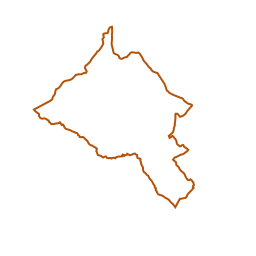 outline of Baringo Central, Rift Valley, Kenya, rotated 324°
{"feature_id": "3690345B17833085529385", "entity_name": "Baringo Central", "entity_type": "district", "adm_level": 2, "iso_a3": "KEN", "parent_name": "Kenya", "parent_adm1": "Rift Valley", "projection": "albers", "projection_center": [35.755, 0.409], "detail": "fine", "context": "isolated", "style": "outline", "palette": "amber", "viewbox_px": 256, "rotation_deg": 324, "n_neighbors": 0, "source": "geoboundaries", "source_scale": "gbopen_adm2", "svg_char_len": 5128}
<svg xmlns="http://www.w3.org/2000/svg" viewBox="0 0 256 256"><g transform="rotate(324 128 128)"><path d="M146.6,196.8L146.0,195.5L145.8,193.9L145.5,192.3L145.8,190.8L146.0,188.6L145.5,187.3L145.4,186.1L146.2,185.0L146.7,183.7L146.3,182.3L145.8,180.1L147.6,179.6L148.2,179.4L148.6,179.3L149.3,179.7L149.9,179.8L150.9,180.0L151.7,180.1L152.8,180.3L153.4,180.4L155.1,180.5L156.3,181.3L156.8,181.4L158.7,181.6L161.0,181.5L162.7,181.5L163.9,181.1L163.7,179.8L163.3,178.4L162.4,176.4L162.7,174.2L161.4,173.7L160.2,173.7L159.3,173.5L158.8,172.1L158.5,171.0L158.3,169.7L158.6,168.7L159.1,167.9L159.6,166.7L159.8,164.4L159.4,160.6L157.6,160.6L155.9,160.5L156.1,159.5L156.2,158.9L156.4,158.3L158.2,158.4L159.7,158.1L160.9,158.0L162.3,157.7L163.9,156.3L164.9,155.2L166.0,154.3L167.8,153.1L168.3,152.0L169.5,150.9L170.7,149.6L171.5,148.7L172.2,147.8L173.2,146.6L173.9,145.2L175.0,144.5L176.2,145.4L176.5,146.7L176.6,147.8L176.7,149.5L179.3,150.4L182.4,150.4L183.4,150.0L184.7,149.6L186.3,149.0L188.5,148.5L190.6,148.0L192.4,147.7L193.2,147.2L192.9,146.2L192.7,145.7L192.3,145.2L191.7,144.5L191.2,144.0L190.6,142.8L190.2,141.4L189.6,139.9L189.5,138.1L189.6,136.5L189.0,135.3L188.1,134.2L187.3,132.9L186.4,131.5L185.6,130.2L184.8,129.0L183.9,127.4L183.0,125.7L182.2,124.1L182.0,122.8L181.9,121.9L181.8,121.5L181.7,120.8L181.6,120.4L181.7,119.2L182.4,117.9L182.7,116.4L182.9,115.9L183.0,115.3L183.4,114.1L183.5,113.7L183.5,112.6L183.5,111.9L183.6,110.8L183.7,109.3L183.7,108.7L183.7,108.0L183.8,106.6L183.9,105.0L183.9,103.3L184.1,101.6L184.1,100.6L183.0,99.5L182.2,98.1L181.4,96.9L181.1,94.9L181.3,93.0L180.9,92.0L180.7,90.4L180.7,88.6L180.7,87.2L180.5,85.4L180.3,83.6L180.4,82.0L180.7,80.5L181.0,78.6L181.1,77.0L181.1,75.1L181.0,73.9L180.6,72.9L179.4,72.5L178.7,72.0L177.9,71.3L177.0,70.1L175.6,69.0L174.1,68.7L173.6,68.8L173.0,69.0L172.2,69.3L170.6,69.4L169.0,69.9L166.9,69.0L164.8,68.7L163.2,68.1L162.2,66.5L162.6,65.2L162.8,64.7L162.8,64.1L162.5,62.7L161.8,61.6L161.1,60.5L160.5,59.3L160.9,57.8L161.7,56.1L162.3,54.7L162.9,53.3L163.6,51.4L164.6,49.7L165.5,48.8L166.8,47.3L168.2,45.5L169.3,43.8L170.2,42.6L171.2,41.6L172.1,40.3L173.1,38.9L173.4,38.4L173.9,37.7L174.5,36.7L173.9,36.4L173.3,36.1L171.8,36.2L171.0,36.5L170.6,36.8L169.4,37.5L168.6,38.4L167.7,39.1L166.6,39.0L165.4,38.1L164.3,37.7L163.6,37.4L162.8,38.0L162.2,39.4L161.8,40.4L159.5,41.1L158.7,43.1L157.7,45.1L156.1,46.0L154.6,46.7L151.6,47.8L149.5,48.4L148.1,48.1L146.2,48.9L144.8,49.3L143.6,49.6L141.8,50.0L140.9,50.3L139.8,50.6L138.9,50.9L138.3,51.2L137.0,51.8L135.8,52.2L135.4,52.3L134.5,52.4L133.7,52.5L132.5,52.7L130.2,52.7L128.7,53.7L128.2,55.3L128.1,56.3L128.0,57.2L127.8,57.6L127.7,58.1L126.4,58.7L125.2,57.8L123.7,57.4L122.2,57.2L120.8,56.5L119.7,55.5L118.0,54.9L116.9,54.3L115.9,54.6L114.2,55.0L112.6,55.2L111.3,55.4L109.7,55.1L108.2,54.6L106.3,53.6L104.8,53.0L103.2,52.7L101.4,53.0L100.3,53.4L98.4,54.2L97.1,54.5L96.6,54.7L95.9,54.8L95.2,54.9L94.3,54.8L92.6,54.4L91.1,55.4L89.9,56.5L88.9,57.4L87.5,58.1L85.6,58.6L84.6,59.4L83.6,60.2L81.4,60.4L62.8,57.8L62.8,59.6L63.1,61.0L63.7,62.7L64.2,64.3L63.6,65.2L62.9,66.6L63.0,68.5L63.8,69.9L65.3,70.7L66.4,71.5L67.1,72.6L67.5,74.0L68.2,75.4L67.6,76.4L68.1,77.9L68.1,79.1L68.7,80.1L69.9,80.9L71.2,81.5L72.5,82.0L73.7,82.9L75.1,83.4L76.2,83.3L76.3,84.9L76.1,86.6L77.3,86.8L77.3,87.7L77.4,88.8L76.9,90.3L77.2,92.1L78.2,93.5L79.1,94.6L80.1,95.9L80.9,98.0L82.2,99.6L82.8,101.2L83.7,101.9L83.9,103.1L83.4,104.4L84.0,105.6L83.9,106.0L83.7,107.0L84.5,107.8L84.9,108.0L86.1,108.6L86.7,109.9L86.8,110.3L86.8,111.1L87.0,112.3L87.1,112.8L87.5,114.4L87.3,116.3L87.1,117.6L87.3,118.8L87.8,120.1L88.8,121.3L89.1,122.6L89.8,123.9L90.4,125.6L90.6,126.6L89.5,127.4L88.6,128.4L88.7,129.1L88.4,130.1L88.2,130.5L88.0,131.0L87.7,132.2L88.8,133.4L89.1,133.8L89.6,134.5L89.8,135.2L90.0,135.7L90.4,136.7L90.6,137.3L91.2,137.4L92.1,137.5L93.4,138.0L93.4,139.6L94.4,140.9L96.0,141.8L96.7,143.0L97.4,142.9L99.2,143.8L100.0,145.1L101.3,144.7L102.7,145.2L103.2,145.3L103.6,145.5L104.7,146.3L106.1,147.2L107.7,148.0L107.5,146.6L108.2,146.4L109.0,147.7L110.0,148.5L111.1,149.0L111.6,148.7L112.2,148.4L112.8,149.7L113.5,151.1L115.5,151.8L117.3,152.2L117.9,152.4L118.6,152.7L118.8,154.1L119.5,155.2L118.7,156.4L118.1,157.7L118.4,158.2L118.7,158.8L119.6,159.7L119.8,160.7L118.8,161.5L118.4,163.3L117.5,164.8L117.2,166.3L117.0,167.6L116.9,168.8L115.8,170.2L115.1,171.9L115.0,173.3L115.6,174.4L115.6,175.4L115.7,177.0L116.3,178.5L116.0,180.2L115.6,182.0L116.0,183.2L116.0,184.9L115.9,186.4L115.6,187.9L115.6,189.3L115.6,190.3L114.7,192.0L115.2,193.2L114.0,194.3L113.9,196.2L113.5,198.3L113.5,199.6L113.9,199.9L114.2,200.5L114.9,201.4L115.6,202.3L116.1,203.3L116.6,204.2L116.8,205.4L117.4,206.9L118.1,208.1L118.7,209.7L118.9,211.0L118.9,212.3L119.0,213.7L119.5,215.3L119.7,216.9L119.7,218.1L119.7,219.9L128.3,215.8L129.4,216.5L134.2,218.5L134.5,218.3L135.8,217.5L138.0,216.5L139.8,216.2L142.3,215.8L143.8,215.5L145.9,215.0L145.6,213.9L146.4,213.2L147.9,212.9L148.1,211.9L148.8,210.7L148.7,209.2L148.8,207.9L148.4,206.2L146.8,206.1L145.8,205.1L145.8,202.8L146.0,201.0L146.5,199.2L146.6,197.6L146.6,196.8Z" fill="none" stroke="#b45309" stroke-width="2"/></g></svg>